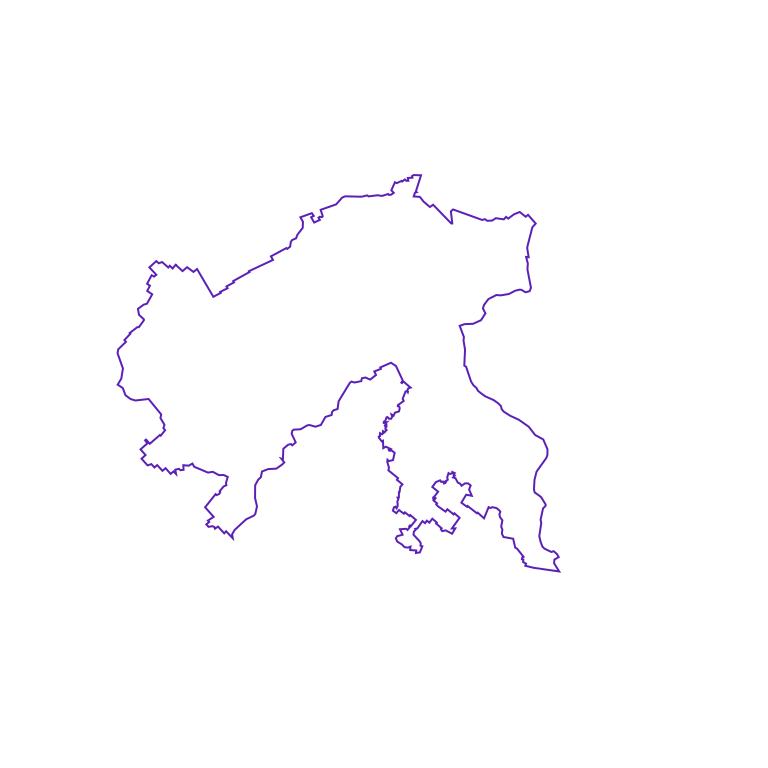 outline of Espinal, Veracruz, Mexico, rotated 310°
{"feature_id": "50627088B15670819886365", "entity_name": "Espinal", "entity_type": "district", "adm_level": 2, "iso_a3": "MEX", "parent_name": "Mexico", "parent_adm1": "Veracruz", "projection": "robinson", "projection_center": [-97.51, 20.255], "detail": "fine", "context": "isolated", "style": "outline", "palette": "violet", "viewbox_px": 768, "rotation_deg": 310, "n_neighbors": 0, "source": "geoboundaries", "source_scale": "gbopen_adm2", "svg_char_len": 6166}
<svg xmlns="http://www.w3.org/2000/svg" viewBox="0 0 768 768"><g transform="rotate(310 384 384)"><path d="M604.4,397.1L606.2,385.6L603.2,385.0L603.0,377.4L597.5,374.5L590.5,372.8L590.5,370.1L587.2,370.0L582.9,363.1L578.7,361.8L575.4,358.2L575.1,355.3L572.8,353.8L562.1,324.7L559.2,324.3L550.9,333.1L550.2,332.4L552.9,306.4L549.1,305.4L549.2,296.9L550.4,291.2L546.8,286.2L550.3,284.8L551.8,285.6L551.6,284.8L567.7,278.2L563.1,272.4L561.3,271.8L560.3,273.1L557.1,269.8L555.3,272.0L554.0,270.5L554.1,268.5L550.8,267.8L550.9,266.9L546.1,264.7L545.6,262.7L537.1,265.1L536.7,268.6L533.5,267.7L532.0,266.2L532.2,265.0L526.9,261.7L524.4,257.7L517.8,251.6L517.7,249.9L513.1,246.5L502.8,233.6L499.8,232.1L490.9,231.9L476.7,223.5L473.2,229.2L471.9,229.2L470.8,227.3L469.3,226.9L468.5,229.4L464.5,227.5L462.8,226.7L464.9,221.0L467.6,222.1L468.5,218.9L458.0,212.8L456.1,217.7L451.3,221.4L442.8,221.7L439.1,223.0L435.3,221.1L432.9,221.3L428.9,223.8L425.3,223.0L425.3,221.8L409.1,215.3L407.7,219.2L383.6,208.0L383.3,209.0L365.9,202.3L365.4,203.8L357.5,200.6L356.8,202.6L349.2,199.3L348.9,200.4L341.1,197.2L351.9,166.9L347.4,166.0L346.9,158.1L341.0,157.1L341.4,148.2L342.3,147.7L336.6,147.8L336.9,143.9L334.6,143.9L334.8,135.7L331.7,133.8L331.8,130.6L322.5,129.3L321.3,139.4L318.5,138.8L317.9,136.1L308.5,138.1L308.8,141.5L303.1,142.8L303.7,148.8L293.1,150.8L290.3,148.9L283.4,147.2L279.5,151.9L279.2,158.5L278.4,159.1L270.0,159.7L269.0,158.5L259.6,156.4L259.5,157.4L250.8,156.9L250.5,159.2L239.8,158.1L236.3,160.1L228.1,174.0L219.3,179.3L212.3,180.4L213.0,186.5L209.2,193.2L209.6,199.6L211.6,204.2L221.2,213.3L217.5,232.8L214.2,234.7L211.7,242.0L208.4,243.4L207.9,246.0L200.9,246.2L200.9,245.1L187.6,243.0L188.5,237.5L187.3,237.2L186.4,240.9L177.4,239.5L176.3,247.0L170.9,246.3L169.7,255.2L173.1,257.3L172.5,261.8L176.1,262.4L175.1,270.1L179.1,270.8L178.0,278.3L181.8,279.0L181.4,282.5L184.2,279.2L187.2,281.4L187.1,283.5L189.4,285.6L192.8,282.5L195.9,286.9L199.9,288.4L198.6,291.8L203.0,306.1L206.7,309.3L208.1,316.2L211.2,319.6L212.4,324.0L206.5,326.6L205.2,328.3L202.4,327.0L196.3,327.0L196.0,328.0L193.9,328.5L191.2,327.1L191.4,325.8L174.6,326.2L172.7,338.9L166.2,336.9L165.9,338.8L162.3,338.1L161.8,341.4L164.8,344.0L165.4,346.1L164.5,347.5L168.1,348.5L166.9,357.6L169.7,357.7L168.6,367.3L171.3,364.2L176.4,363.4L191.8,365.4L199.5,368.9L201.8,368.9L208.6,365.4L213.8,358.5L223.6,350.4L229.9,349.1L233.3,349.6L238.6,346.8L244.4,350.0L249.9,355.9L256.6,357.7L259.8,358.0L260.8,353.4L261.4,354.9L269.7,348.5L275.9,349.6L278.2,351.4L278.0,353.1L282.5,353.9L286.5,345.3L289.3,343.8L291.0,344.2L295.7,349.2L303.0,351.8L304.8,353.5L307.2,358.9L312.1,362.0L321.1,360.3L326.6,363.8L329.1,362.2L331.5,362.3L335.0,364.5L341.7,360.3L362.8,357.1L364.9,357.5L366.3,360.6L371.6,364.7L374.2,363.4L377.0,365.6L378.5,370.6L385.8,372.1L387.4,368.5L393.6,371.9L394.3,370.5L404.8,375.7L405.5,381.6L398.7,396.2L396.2,396.4L396.3,397.2L398.4,397.2L398.3,406.7L396.3,405.4L393.8,406.0L393.6,407.3L392.9,407.6L393.3,406.1L392.1,405.3L384.7,407.8L383.6,410.0L376.7,408.2L375.9,408.8L376.5,410.3L375.5,411.6L372.7,413.1L369.0,410.8L365.9,411.7L365.5,409.3L364.2,411.4L362.0,411.8L360.6,410.2L360.9,407.9L360.0,407.4L356.5,408.7L355.0,408.1L354.1,408.8L356.3,410.5L354.6,410.3L354.0,410.9L354.6,411.8L353.2,413.0L352.8,410.7L352.2,413.0L350.5,413.8L350.4,415.6L347.5,415.3L347.2,413.5L346.3,414.2L346.9,415.3L344.1,414.7L343.8,412.6L341.5,414.4L340.3,413.8L339.6,414.6L338.6,419.1L339.9,419.7L334.4,424.7L337.1,425.7L338.5,430.8L336.5,430.1L336.3,431.0L338.0,432.6L338.1,436.4L331.5,439.8L328.1,437.3L328.2,435.4L326.5,436.5L323.0,441.7L320.7,442.8L320.9,455.3L318.9,455.5L319.0,462.6L315.7,462.6L311.3,465.3L310.8,464.9L306.7,468.3L305.7,467.4L304.9,469.1L302.7,469.7L299.5,472.8L296.9,473.5L297.4,471.6L295.9,470.9L292.7,472.2L293.0,476.5L297.1,476.5L297.4,482.6L299.1,482.5L299.3,488.5L300.5,488.4L300.4,495.8L292.2,496.0L292.3,494.8L291.1,494.8L290.6,495.8L287.3,495.8L287.3,494.0L283.0,489.6L280.5,495.1L275.8,491.9L273.4,492.3L271.8,495.4L272.6,500.8L272.2,504.5L274.1,507.6L276.5,508.8L273.6,510.8L277.2,515.7L275.1,517.1L278.1,519.7L284.3,517.7L283.6,515.9L285.6,514.5L286.4,512.5L287.5,503.5L290.1,501.8L293.2,501.9L293.3,501.2L294.8,502.4L303.7,501.6L303.8,504.9L306.9,504.7L306.9,507.8L311.9,507.6L311.8,513.6L310.6,513.6L310.5,520.9L309.3,520.9L308.7,523.2L311.5,525.3L313.1,532.4L319.2,531.4L317.0,528.9L330.1,527.9L330.2,521.0L328.8,521.1L328.8,513.1L325.8,513.2L325.0,503.8L325.4,501.3L326.7,501.3L326.6,496.7L327.9,495.4L327.9,497.0L329.7,496.9L329.7,494.9L336.3,494.7L336.2,487.2L342.1,486.8L346.3,488.9L345.8,490.8L347.2,491.9L346.3,493.8L347.5,494.6L349.0,494.4L348.9,493.6L351.7,494.4L353.1,492.4L357.2,490.7L357.5,492.4L359.5,493.6L360.5,492.9L361.2,495.4L359.7,495.3L359.0,496.1L359.4,497.0L356.8,497.0L357.8,499.2L355.9,504.0L356.6,506.4L355.9,508.8L359.9,509.9L361.9,512.3L362.0,515.6L357.9,517.0L354.8,523.1L352.0,518.1L342.8,519.6L343.3,526.6L344.3,526.5L344.7,538.3L345.7,538.5L345.4,547.0L356.9,543.3L357.2,545.0L359.3,546.2L361.3,550.0L361.3,553.8L360.8,555.3L358.2,556.3L356.6,558.5L355.7,562.3L350.1,565.4L348.6,568.2L345.1,570.5L343.6,573.9L348.5,582.4L343.0,589.7L343.4,591.8L341.3,602.0L340.0,601.4L338.4,602.3L339.1,603.6L337.0,605.0L337.7,608.3L335.6,609.1L339.4,616.8L353.0,638.7L356.0,629.5L359.1,627.4L363.7,629.1L364.9,625.8L365.0,621.4L362.9,620.2L361.0,612.8L361.3,609.7L364.1,604.9L367.3,600.7L378.5,593.9L380.7,591.2L390.9,585.8L394.4,586.1L395.6,585.3L398.4,576.8L397.8,569.1L399.7,566.6L407.3,560.9L414.9,557.2L431.6,555.9L434.5,554.9L439.1,551.2L443.9,541.6L442.1,532.6L444.3,522.3L443.3,510.3L440.8,501.2L439.8,493.5L440.3,490.5L442.3,487.6L442.6,483.9L442.2,478.5L439.6,469.3L439.3,465.1L439.2,460.2L440.4,457.5L440.5,453.4L441.8,449.2L450.0,435.8L449.7,433.7L462.4,424.0L468.5,416.9L471.3,415.1L477.2,404.6L481.6,407.2L487.3,413.5L495.2,417.3L503.3,416.3L505.4,411.3L508.8,409.8L516.2,409.4L524.4,412.9L526.9,416.4L533.2,421.8L539.9,424.6L543.5,427.3L544.5,428.8L545.2,433.4L548.7,435.9L552.2,434.7L564.0,420.2L568.7,416.8L572.7,411.2L574.1,413.3L580.3,406.2L583.1,404.7L599.4,396.9L604.4,397.1Z" fill="none" stroke="#5b21b6" stroke-width="2"/></g></svg>